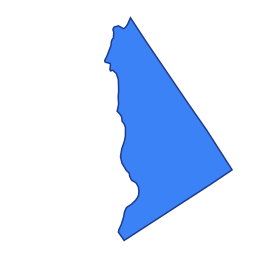 the district of Presque Isle, Michigan, United States of America, rotated 237°
{"feature_id": "52423323B16586012901147", "entity_name": "Presque Isle", "entity_type": "district", "adm_level": 2, "iso_a3": "USA", "parent_name": "United States of America", "parent_adm1": "Michigan", "projection": "orthographic", "projection_center": [-83.792, 45.413], "detail": "fine", "context": "isolated", "style": "filled", "palette": "blue", "viewbox_px": 256, "rotation_deg": 237, "n_neighbors": 0, "source": "geoboundaries", "source_scale": "gbopen_adm2", "svg_char_len": 914}
<svg xmlns="http://www.w3.org/2000/svg" viewBox="0 0 256 256"><g transform="rotate(237 128 128)"><path d="M45.9,63.2L35.8,63.5L35.8,167.3L36.2,192.5L84.0,192.8L114.0,191.8L192.2,190.2L219.1,190.1L215.1,184.0L213.7,180.5L213.7,178.4L218.9,175.6L220.2,171.4L219.5,169.8L218.8,169.0L216.1,168.2L211.5,164.8L210.9,163.0L209.3,160.9L206.6,158.8L199.7,149.4L197.3,145.2L195.7,144.7L191.9,148.1L190.7,147.8L186.8,144.6L185.3,144.5L185.0,146.2L184.3,146.8L180.0,147.9L173.9,146.3L164.4,140.5L159.3,136.6L153.1,133.1L147.9,128.0L144.6,128.7L140.7,128.7L137.0,126.8L133.7,127.0L129.9,126.2L122.5,121.3L118.9,117.8L114.0,111.5L108.1,106.1L101.8,103.8L93.6,103.5L89.3,104.4L86.9,103.2L82.9,102.6L81.3,102.9L80.5,103.6L77.1,104.9L72.9,104.6L68.7,102.5L65.8,100.1L64.3,97.7L63.1,94.5L62.1,88.8L62.2,84.5L61.8,82.8L59.5,79.4L55.8,75.9L50.9,70.0L47.6,64.9L45.9,63.2Z" fill="#3b82f6" stroke="#1e3a8a" stroke-width="1.5"/></g></svg>